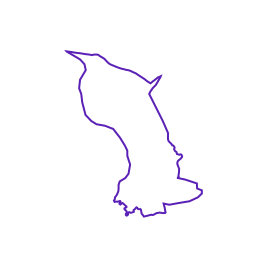 Douentza, Mopti, Mali, rotated 229°
{"feature_id": "8926073B88686388091277", "entity_name": "Douentza", "entity_type": "district", "adm_level": 2, "iso_a3": "MLI", "parent_name": "Mali", "parent_adm1": "Mopti", "projection": "natural_earth1", "projection_center": [-2.566, 15.116], "detail": "fine", "context": "isolated", "style": "outline", "palette": "violet", "viewbox_px": 256, "rotation_deg": 229, "n_neighbors": 0, "source": "geoboundaries", "source_scale": "gbopen_adm2", "svg_char_len": 2431}
<svg xmlns="http://www.w3.org/2000/svg" viewBox="0 0 256 256"><g transform="rotate(229 128 128)"><path d="M87.5,150.3L91.2,150.0L93.3,150.8L95.8,153.0L97.9,154.9L110.3,158.8L139.7,166.3L140.7,168.3L141.9,172.9L142.2,177.2L145.2,186.0L145.6,186.7L145.8,185.9L146.0,184.9L146.2,184.4L146.5,184.0L146.5,183.6L146.6,182.7L146.6,181.6L146.7,180.6L146.7,179.4L146.9,177.4L146.9,176.4L147.0,174.3L150.5,173.2L154.3,172.5L158.1,171.4L161.6,170.4L164.3,169.7L166.9,168.4L169.4,167.4L171.5,166.1L173.4,164.5L174.6,163.8L177.2,161.9L180.6,159.9L185.8,157.3L187.9,156.3L190.1,155.8L191.7,155.7L194.0,155.6L195.7,155.6L198.6,154.7L200.8,153.9L202.5,153.6L203.6,153.0L204.3,152.1L205.1,151.3L205.7,150.4L206.2,149.6L206.3,149.4L206.4,148.9L209.7,146.2L211.5,144.5L215.6,141.1L219.3,137.7L219.8,137.4L220.1,137.0L220.9,136.4L221.8,135.7L222.4,135.2L223.2,134.5L223.8,134.0L224.6,133.2L225.3,132.7L226.1,132.0L226.2,131.9L225.9,131.9L211.3,136.8L204.7,137.0L199.4,134.1L195.9,123.5L190.1,117.2L184.3,115.0L177.4,110.3L165.7,104.5L157.3,104.9L151.5,106.7L144.8,112.1L137.0,116.2L125.9,115.6L116.8,114.1L111.5,112.7L107.4,109.2L99.0,105.6L93.1,98.3L92.0,93.1L93.1,86.7L91.2,83.5L88.7,81.4L86.6,79.2L85.5,77.1L84.6,74.8L84.2,72.6L83.0,71.5L82.4,69.7L81.0,69.4L80.4,70.6L79.4,71.5L78.8,72.8L78.1,74.1L77.3,74.0L76.9,72.3L76.2,71.8L75.3,72.0L75.2,73.1L75.2,74.0L74.9,74.7L70.8,75.2L69.7,75.3L69.3,75.0L69.3,74.6L69.5,74.2L69.5,73.6L69.7,72.7L69.4,72.3L68.9,72.1L68.2,72.1L67.4,72.3L66.9,72.3L66.5,72.3L65.9,72.2L64.9,71.3L64.6,70.2L64.0,69.4L63.3,69.3L62.8,69.5L62.5,70.2L62.7,71.4L64.1,72.6L63.8,73.5L63.5,73.9L63.0,74.0L62.7,74.2L62.1,74.6L61.8,75.1L61.5,75.8L61.3,76.6L60.9,77.3L61.1,77.6L61.6,77.8L61.9,78.1L62.4,78.4L62.4,78.9L62.2,79.8L62.5,81.2L62.6,82.3L61.9,82.6L60.2,82.4L59.2,83.4L58.8,84.0L58.0,84.2L56.3,83.2L54.4,82.1L52.6,82.1L50.7,81.9L49.0,85.2L47.2,88.8L46.4,89.2L45.7,90.5L45.1,93.5L43.4,96.4L40.8,98.6L40.2,99.3L39.8,99.9L39.5,100.4L39.6,101.0L40.0,101.2L40.4,101.3L43.6,103.3L47.6,105.3L43.0,108.8L38.2,116.9L32.4,126.3L29.8,135.3L30.1,140.7L32.5,142.8L37.0,140.5L41.0,143.6L51.6,137.3L57.6,132.8L58.0,133.2L58.0,134.3L58.8,134.7L61.0,137.3L63.6,139.8L68.3,141.5L69.6,142.6L70.4,144.3L70.3,147.8L70.6,148.9L70.6,149.5L71.0,150.2L72.0,150.6L72.9,150.8L73.7,150.3L74.2,149.1L76.3,147.9L78.0,148.8L80.0,148.4L81.8,148.9L82.7,150.4L83.8,150.6L84.9,150.7L86.1,150.0L87.5,150.3Z" fill="none" stroke="#5b21b6" stroke-width="2"/></g></svg>